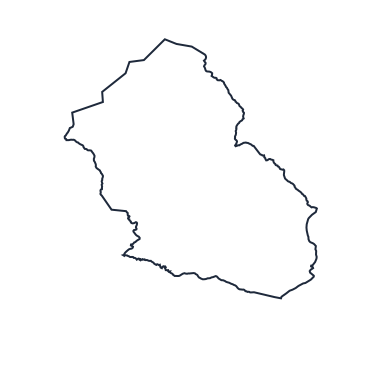 Porto Walter, Acre, Brazil, rotated 233°
{"feature_id": "56859067B75974716553917", "entity_name": "Porto Walter", "entity_type": "district", "adm_level": 2, "iso_a3": "BRA", "parent_name": "Brazil", "parent_adm1": "Acre", "projection": "robinson", "projection_center": [-72.774, -8.451], "detail": "fine", "context": "isolated", "style": "outline", "palette": "slate", "viewbox_px": 384, "rotation_deg": 233, "n_neighbors": 0, "source": "geoboundaries", "source_scale": "gbopen_adm2", "svg_char_len": 6104}
<svg xmlns="http://www.w3.org/2000/svg" viewBox="0 0 384 384"><g transform="rotate(233 192 192)"><path d="M182.6,100.1L181.3,100.9L180.5,101.9L179.4,102.4L178.5,103.0L177.4,103.4L176.7,104.2L176.3,105.0L175.5,105.8L174.5,105.8L174.0,106.5L173.2,107.0L172.5,107.2L171.2,107.2L171.2,108.3L171.1,109.1L169.8,110.2L169.3,109.4L168.4,109.8L168.6,110.7L167.9,111.3L168.1,112.1L167.0,112.8L166.7,113.6L166.0,113.5L165.4,114.1L164.8,115.1L163.9,115.6L162.8,116.3L161.8,117.7L160.6,117.9L158.8,118.7L157.4,118.7L156.7,119.0L155.9,119.3L155.2,119.7L155.3,120.7L154.5,121.2L153.3,121.7L153.2,122.5L150.7,121.5L150.0,121.7L149.3,122.1L149.9,123.0L150.0,123.9L149.7,124.8L148.7,124.7L148.5,125.8L147.7,125.7L147.7,124.6L146.6,124.5L145.4,124.0L144.7,124.8L144.0,125.8L143.4,125.3L142.5,125.7L141.9,126.5L141.7,125.7L140.8,126.2L139.9,126.4L138.8,127.0L137.9,127.2L136.9,127.1L136.1,127.5L135.3,127.7L134.8,128.4L133.1,130.6L132.6,131.6L132.3,135.4L131.7,137.1L130.6,137.9L130.1,138.4L129.6,139.0L129.2,140.0L128.6,140.7L126.3,144.5L125.3,145.4L124.3,145.5L123.6,145.9L122.6,146.3L120.8,146.1L119.3,146.2L118.3,146.8L117.6,147.0L115.9,148.0L115.4,148.6L114.4,150.2L113.9,151.4L113.7,152.5L113.1,153.3L112.3,154.6L112.2,155.4L112.0,156.3L111.4,157.5L110.6,160.3L109.8,160.9L108.7,161.1L106.9,161.2L103.9,162.4L102.8,163.7L102.0,164.2L101.2,164.7L100.2,165.0L99.1,165.6L97.0,167.2L95.6,167.8L93.6,169.1L92.6,169.5L91.4,170.3L90.1,170.7L88.1,170.7L86.7,170.9L85.7,171.4L84.2,173.0L83.6,173.6L83.0,174.5L82.2,174.9L80.6,175.0L79.9,175.8L78.9,176.1L78.4,177.0L77.7,177.7L77.0,177.9L76.4,178.5L74.6,181.2L58.6,194.5L53.5,199.1L54.5,200.5L54.3,206.4L54.4,210.5L53.5,213.5L52.9,217.0L52.9,220.5L52.1,225.7L51.1,227.8L50.6,232.9L50.5,234.3L51.1,238.3L51.9,238.9L56.5,237.8L58.0,238.4L58.5,240.0L58.3,242.9L59.2,243.2L60.9,242.3L61.5,242.9L60.9,244.1L62.0,248.2L63.8,251.2L65.1,252.5L67.4,253.4L70.2,255.7L72.0,256.1L74.3,258.4L76.8,258.2L78.3,257.7L80.7,256.3L82.1,256.1L84.1,256.6L86.2,258.0L87.5,258.3L92.1,260.4L94.7,262.0L97.2,264.2L100.4,268.4L100.9,269.6L101.6,274.1L101.5,278.8L103.7,281.8L104.6,281.5L106.4,280.2L107.3,279.3L107.8,278.2L110.5,277.6L111.5,276.9L112.7,276.8L113.5,277.2L114.2,278.5L115.3,278.7L116.0,278.4L117.1,278.7L118.0,279.4L120.7,279.8L121.3,279.2L123.3,279.2L124.5,278.7L125.4,278.9L126.6,278.7L127.9,278.3L129.0,277.9L130.1,277.7L131.3,277.2L132.3,276.9L133.4,277.2L134.5,277.1L135.4,277.7L137.6,277.5L138.5,277.2L139.5,276.5L141.4,276.1L142.2,275.4L142.9,275.1L144.9,274.8L145.9,274.5L147.0,274.5L150.3,275.6L151.3,276.5L153.0,278.1L153.9,278.7L155.0,278.6L155.4,277.6L156.0,277.3L156.6,276.7L157.5,276.2L158.9,276.5L159.9,276.5L160.7,276.0L161.7,276.2L162.4,275.5L163.2,275.1L164.2,275.4L165.1,275.1L166.3,275.1L167.4,275.4L168.4,276.1L169.5,275.4L170.3,274.7L171.4,274.2L171.9,273.4L172.0,272.5L172.0,271.4L172.6,270.3L173.8,270.4L175.0,270.9L176.1,270.6L176.9,271.2L177.9,271.6L178.2,270.8L178.8,270.2L179.6,270.1L180.8,269.2L181.5,269.1L191.7,269.0L192.4,268.2L193.5,268.0L194.4,267.8L196.2,266.8L197.5,266.2L198.2,265.4L199.1,264.8L199.5,263.9L200.0,263.3L200.3,262.5L200.4,261.0L200.7,259.9L200.9,257.7L201.6,257.0L201.8,255.9L202.3,254.4L203.2,254.4L203.8,256.1L204.4,257.2L205.2,258.3L206.1,258.6L208.0,258.2L208.7,258.3L209.4,259.1L210.1,259.4L210.7,260.1L211.0,260.9L211.8,261.9L212.8,262.9L214.4,263.6L215.0,264.7L215.8,265.6L216.5,265.7L216.9,266.4L217.7,266.9L218.5,268.9L218.8,270.0L218.8,271.2L219.3,272.0L219.3,273.4L219.1,275.2L219.7,276.2L219.6,277.5L220.6,277.8L221.6,278.3L222.4,279.2L223.3,280.6L224.1,281.2L225.0,281.0L225.6,281.3L226.4,281.3L227.0,282.4L228.1,282.5L229.2,282.1L229.9,282.2L232.1,281.7L234.0,282.3L234.9,282.1L236.1,281.4L237.2,281.4L238.1,281.1L238.9,281.5L239.7,281.4L240.4,280.8L241.2,280.5L242.2,280.4L245.4,281.2L249.2,281.0L251.5,282.3L252.6,282.3L254.3,282.6L255.6,282.4L256.5,282.7L259.2,282.9L260.2,283.4L261.3,283.3L262.3,283.0L262.9,282.6L263.7,282.4L264.4,282.1L264.7,281.1L265.7,279.9L267.0,279.5L267.9,280.1L268.8,279.8L269.8,278.6L270.7,278.2L272.9,277.5L273.5,278.5L274.7,279.6L275.7,279.4L276.6,279.1L277.6,278.4L279.3,276.5L280.1,276.1L281.3,276.2L282.8,276.8L283.9,277.1L285.1,277.2L285.7,278.2L285.9,279.2L286.2,280.0L287.1,280.6L288.4,280.5L289.7,280.6L289.8,282.1L290.2,283.2L291.0,284.2L291.8,284.7L292.8,285.0L294.0,285.0L308.3,279.3L319.6,268.7L330.3,262.2L326.3,233.0L333.5,220.3L326.8,210.4L326.0,180.5L317.5,175.0L327.5,144.1L317.4,138.3L316.3,136.7L315.9,136.0L316.1,134.9L316.6,132.9L315.8,131.7L315.1,130.5L314.2,128.4L314.1,127.6L313.1,125.1L313.1,124.2L312.7,123.5L311.2,122.7L310.0,123.3L309.0,122.9L307.5,124.9L307.0,126.1L306.4,127.1L305.5,128.1L304.9,129.0L304.0,129.5L301.8,129.8L300.8,130.2L300.1,130.8L299.1,130.9L297.4,131.5L295.1,132.8L293.9,132.8L293.2,132.4L291.0,132.3L290.1,133.3L289.4,133.7L288.5,133.7L287.8,134.1L286.7,135.6L285.7,136.4L283.2,136.3L282.4,136.4L279.7,136.0L278.7,135.2L278.1,134.4L277.5,133.5L276.7,133.0L276.0,132.5L274.9,132.5L272.3,131.9L271.3,131.4L270.2,130.4L268.5,130.2L264.6,131.4L263.7,131.1L262.6,131.1L261.9,130.7L260.6,130.9L259.3,130.7L258.5,130.6L257.8,130.0L256.4,128.0L255.6,127.6L255.0,126.4L253.9,125.9L253.2,125.7L252.6,125.5L252.3,124.4L251.5,123.9L250.7,123.7L250.0,122.9L249.3,122.5L248.4,121.7L248.8,120.7L248.4,119.9L247.7,119.4L247.0,119.2L246.2,118.5L245.6,117.7L244.5,117.6L243.5,117.8L226.3,117.1L216.4,127.8L215.0,127.8L213.9,128.0L212.6,127.0L211.7,126.6L211.0,127.2L210.2,127.4L209.8,126.7L209.8,125.6L209.3,125.0L208.4,125.0L207.8,125.5L207.0,125.0L205.2,125.4L204.6,124.9L203.6,125.0L202.6,125.8L202.1,126.8L201.8,127.9L201.8,128.8L201.2,129.4L200.2,129.4L199.0,128.2L198.0,126.4L197.3,125.8L196.2,125.7L195.6,125.1L195.8,124.1L196.5,122.9L196.3,121.9L195.6,121.4L192.2,121.4L191.1,121.5L189.8,121.9L188.4,122.6L186.8,122.6L186.0,121.8L186.3,119.4L186.3,117.9L186.1,116.7L186.5,115.5L186.1,114.1L186.1,113.0L186.8,111.7L186.1,111.0L183.9,112.0L183.2,111.2L183.1,110.0L183.4,109.1L183.8,108.4L184.2,107.0L184.0,103.9L183.8,102.3L183.4,100.9L182.6,100.1ZM182.6,100.1L183.0,99.0L182.0,99.4L182.6,100.1Z" fill="none" stroke="#1e293b" stroke-width="2"/></g></svg>